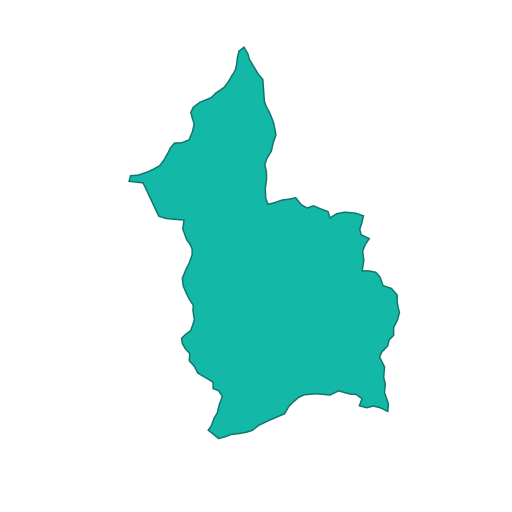 outline of Pratânia, São Paulo, Brazil, rotated 246°
{"feature_id": "56859067B76551238300478", "entity_name": "Pratânia", "entity_type": "district", "adm_level": 2, "iso_a3": "BRA", "parent_name": "Brazil", "parent_adm1": "São Paulo", "projection": "natural_earth1", "projection_center": [-48.692, -22.816], "detail": "fine", "context": "isolated", "style": "filled", "palette": "teal", "viewbox_px": 512, "rotation_deg": 246, "n_neighbors": 0, "source": "geoboundaries", "source_scale": "gbopen_adm2", "svg_char_len": 2097}
<svg xmlns="http://www.w3.org/2000/svg" viewBox="0 0 512 512"><g transform="rotate(246 256 256)"><path d="M451.6,330.0L450.1,323.7L444.6,319.6L438.1,315.7L434.0,312.5L429.8,306.3L426.2,301.3L423.0,295.4L421.2,285.5L418.9,279.6L419.2,267.0L417.3,259.1L413.6,254.8L407.2,253.8L401.8,253.3L395.5,248.6L389.3,242.1L389.7,234.0L392.3,227.6L389.7,221.9L386.1,217.7L381.4,211.4L377.7,204.8L377.0,197.5L377.0,190.3L377.8,181.0L380.4,174.1L375.9,170.4L368.7,182.6L332.0,183.4L326.9,189.0L323.9,194.3L318.1,204.8L310.4,200.1L299.0,199.3L293.7,200.5L288.2,200.5L282.9,198.0L276.4,191.8L272.2,186.5L265.4,179.5L258.1,177.3L250.5,177.2L243.5,177.5L236.8,178.7L231.4,176.1L222.8,173.8L218.6,170.0L214.4,166.0L213.1,159.9L211.0,154.5L206.0,153.1L200.0,153.7L193.9,155.8L187.4,152.5L180.6,154.7L172.5,155.3L167.6,158.9L162.4,162.6L158.2,165.4L152.3,162.9L148.3,167.0L141.4,168.2L134.9,161.8L128.3,156.7L124.9,151.8L119.1,146.2L116.3,141.5L109.8,145.0L104.5,147.5L103.5,153.6L103.0,161.1L100.7,168.2L98.9,175.7L98.2,181.5L100.2,189.6L100.5,199.0L100.4,211.6L100.2,217.9L105.2,224.7L107.3,230.0L109.5,237.5L109.6,243.7L106.0,254.2L102.2,261.3L98.9,267.0L99.2,276.6L94.9,281.8L91.4,286.1L88.8,291.2L82.5,294.8L77.1,289.5L72.3,295.5L71.3,302.1L66.7,307.9L60.4,313.2L67.0,316.8L73.2,317.4L79.1,317.8L86.1,321.9L93.7,323.5L102.3,328.3L113.5,327.8L117.1,331.8L120.2,339.6L125.2,343.5L127.6,349.5L134.6,352.6L140.0,359.1L145.9,364.0L151.2,364.9L157.2,366.5L162.9,369.1L171.3,366.5L177.3,360.0L186.4,360.7L192.4,358.8L196.2,353.6L199.3,346.9L207.9,352.6L217.0,355.4L221.7,360.0L225.8,366.5L232.7,360.7L238.1,361.6L243.3,366.2L249.0,370.5L254.7,364.3L260.0,354.8L261.8,346.9L260.7,339.0L267.2,339.9L273.4,333.6L278.4,329.0L279.1,322.1L284.6,318.2L293.0,316.0L294.7,308.5L296.5,302.7L297.2,294.2L298.4,288.0L305.0,288.4L314.0,292.0L322.1,297.0L329.1,299.9L335.7,301.1L340.6,305.5L345.5,312.6L352.5,317.8L358.5,323.5L369.7,326.1L374.7,326.5L381.2,326.7L388.2,326.1L393.6,326.5L403.1,329.9L414.4,334.0L420.9,332.1L428.8,331.1L438.6,329.9L443.6,330.8L451.6,330.0Z" fill="#14b8a6" stroke="#0f766e" stroke-width="1.5"/></g></svg>